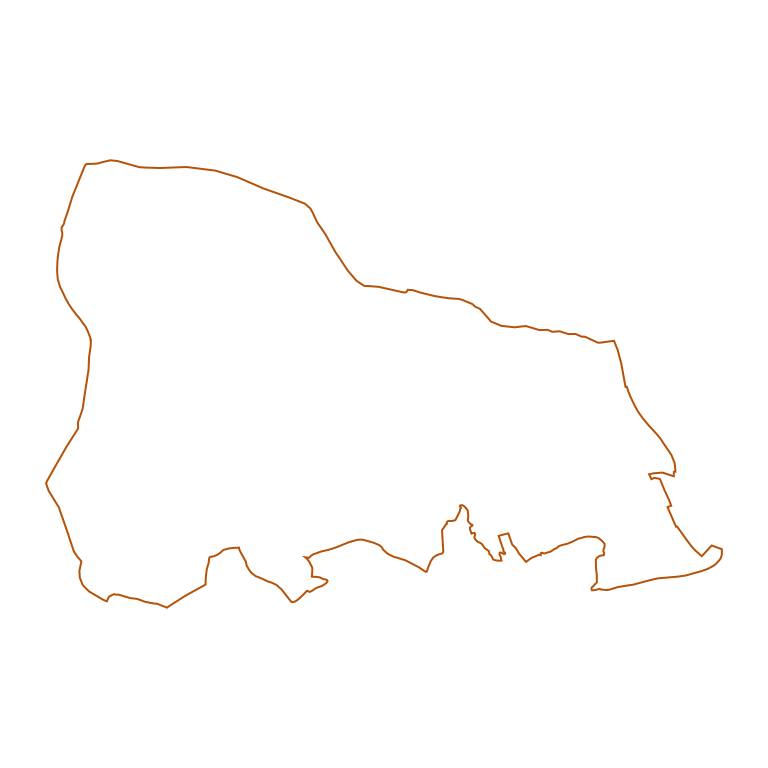 outline of Santana De Mures, Mures, Romania
{"feature_id": "2599482B65561652185041", "entity_name": "Santana De Mures", "entity_type": "district", "adm_level": 2, "iso_a3": "ROU", "parent_name": "Romania", "parent_adm1": "Mures", "projection": "natural_earth1", "projection_center": [24.515, 46.596], "detail": "fine", "context": "isolated", "style": "outline", "palette": "amber", "viewbox_px": 768, "rotation_deg": 0, "n_neighbors": 0, "source": "geoboundaries", "source_scale": "gbopen_adm2", "svg_char_len": 5164}
<svg xmlns="http://www.w3.org/2000/svg" viewBox="0 0 768 768"><path d="M106.8,601.3L107.9,598.9L109.1,596.6L111.3,595.4L113.5,594.3L119.3,594.8L130.1,598.1L137.1,598.9L141.0,600.3L144.8,601.7L152.5,603.3L157.3,603.8L164.6,606.8L165.6,606.8L166.8,607.7L172.3,604.1L186.1,595.3L200.5,587.4L205.5,584.6L205.7,579.2L206.1,574.7L206.8,569.0L208.7,562.7L209.0,559.2L209.6,557.3L210.7,556.8L213.5,556.4L216.8,555.0L219.9,553.1L223.3,550.0L228.2,548.6L233.4,547.9L239.1,547.7L239.1,549.0L240.9,552.8L243.2,556.9L245.8,561.6L246.8,566.0L249.3,570.1L251.3,572.8L255.7,576.2L258.5,577.2L263.2,579.2L267.0,581.1L271.0,582.4L276.6,585.0L281.7,589.6L288.3,598.1L291.5,602.0L292.6,602.2L293.8,601.9L295.8,601.1L297.8,599.7L301.9,596.0L304.2,593.7L306.7,591.0L307.8,590.8L308.5,591.5L309.6,591.9L310.6,591.5L312.4,590.6L315.8,588.2L318.8,587.0L321.1,586.3L323.6,585.0L326.6,582.8L327.2,581.8L327.5,580.8L326.9,580.0L325.2,579.4L323.0,579.0L320.3,577.5L316.7,576.9L311.9,576.7L312.3,571.2L312.3,567.8L309.1,561.5L307.3,559.1L305.2,557.3L308.5,557.8L309.5,557.5L311.0,555.8L313.3,554.3L316.2,553.3L321.1,551.5L329.1,549.7L337.2,547.0L343.3,544.5L348.6,542.3L352.4,541.2L357.4,539.8L362.1,539.6L368.4,541.2L374.1,542.9L379.4,545.2L381.5,546.9L383.3,549.8L386.5,552.8L389.3,554.7L394.5,557.1L397.3,557.7L400.8,558.9L405.0,560.1L418.7,567.2L425.6,571.8L426.7,571.7L428.3,567.0L430.7,561.2L433.2,557.6L436.2,555.5L439.7,554.1L442.5,553.3L443.3,551.5L442.0,530.2L446.1,524.3L446.9,523.8L446.7,523.1L446.9,522.0L447.9,521.2L449.7,520.9L451.7,521.0L455.3,520.2L457.3,516.4L459.7,511.5L460.0,510.1L460.3,508.8L461.0,508.0L460.8,507.4L459.8,506.1L460.4,505.3L462.5,505.2L464.1,506.2L466.2,508.4L467.7,510.4L468.3,516.0L468.0,518.6L467.8,520.8L468.8,522.2L470.4,524.0L472.3,524.8L472.3,525.7L471.0,526.5L469.9,527.5L469.9,529.1L470.7,531.1L471.1,532.8L471.6,533.6L473.3,532.9L474.6,533.0L475.1,534.0L474.8,535.8L474.3,537.5L475.6,539.8L477.7,541.8L481.0,543.3L482.3,544.6L485.0,548.5L487.1,549.7L488.7,551.0L489.2,552.2L489.3,554.0L491.2,555.4L492.2,557.5L493.3,559.5L495.5,560.3L497.5,560.6L499.5,560.7L501.5,560.6L500.9,557.6L499.4,554.0L499.8,552.7L500.8,552.5L502.5,553.4L504.3,554.1L505.2,553.6L505.0,552.7L503.4,551.1L503.3,548.8L502.4,547.1L500.5,541.4L498.7,535.9L502.9,534.7L508.3,533.4L512.2,544.6L515.8,548.1L519.1,553.7L526.0,561.9L531.4,558.0L539.2,554.7L540.8,555.1L540.7,553.9L541.2,552.9L542.4,552.7L543.6,553.4L544.9,553.4L546.5,552.8L550.2,551.8L554.1,549.3L557.5,547.6L558.1,546.6L559.7,545.8L561.9,545.1L563.5,544.7L565.0,544.3L567.6,543.7L572.7,541.5L578.8,538.5L581.6,537.9L584.2,537.0L586.0,536.8L589.1,536.5L593.0,536.9L596.1,537.1L597.8,537.7L599.5,538.8L601.4,540.3L602.5,541.4L604.5,543.6L604.6,545.6L604.3,547.8L603.6,549.1L603.4,551.4L604.2,552.9L603.8,555.2L602.0,555.4L599.3,556.0L596.7,558.1L595.8,560.1L596.0,567.9L596.8,575.2L596.9,582.3L593.6,585.8L591.7,587.5L591.5,589.1L592.0,590.3L594.6,590.2L599.5,588.9L601.1,589.5L605.8,590.0L609.4,589.7L617.7,587.1L626.7,585.6L633.6,584.6L634.9,584.2L646.9,581.0L655.2,578.9L658.5,578.3L678.1,576.6L685.7,575.5L701.8,571.0L707.9,568.8L713.5,565.8L716.0,563.8L718.9,560.7L720.3,559.0L721.1,557.3L721.9,554.2L721.8,549.1L718.4,548.0L711.7,545.5L701.8,556.2L695.3,550.5L692.2,547.2L687.0,540.4L677.1,526.5L676.0,526.7L667.5,507.1L671.2,505.7L669.7,501.5L664.5,490.2L659.9,478.9L654.4,477.9L651.4,479.2L649.1,474.2L653.8,473.3L660.8,472.7L662.8,472.7L673.7,476.3L673.9,471.8L675.4,471.7L675.1,466.8L674.6,463.1L673.1,459.1L671.4,455.0L667.7,449.5L664.2,444.4L660.6,438.9L657.5,435.0L652.8,429.8L648.4,425.1L642.8,418.3L638.0,411.6L634.8,405.8L631.3,398.6L629.8,395.1L628.1,391.0L627.8,389.7L626.8,386.7L625.5,386.9L621.8,366.5L621.2,363.2L619.4,356.6L617.7,350.0L616.1,346.1L614.0,340.8L608.8,341.5L604.6,342.1L601.0,342.6L597.9,342.7L584.9,336.7L581.8,336.7L575.5,334.0L568.5,334.1L559.7,331.3L552.3,331.8L547.6,329.8L539.5,330.1L525.8,326.0L514.8,327.3L501.5,325.9L490.9,321.5L487.5,317.4L480.0,308.9L475.2,306.7L472.4,304.1L462.6,300.0L458.7,298.9L449.4,298.3L441.3,297.2L434.4,296.0L426.5,294.1L420.0,292.5L412.7,290.1L407.7,289.8L406.5,292.0L404.4,292.6L378.4,286.8L369.2,286.1L364.2,285.9L356.6,280.9L347.8,270.6L335.3,251.9L325.3,234.1L317.3,222.5L312.6,212.5L311.5,210.5L310.4,208.5L304.9,203.7L288.8,197.4L263.2,188.4L237.2,177.1L215.2,170.6L186.4,167.0L160.2,168.0L146.4,167.6L139.4,167.2L130.2,164.6L117.3,161.0L110.3,160.3L103.5,161.9L97.0,163.6L86.1,164.1L84.5,166.6L72.4,196.5L67.5,212.4L64.3,221.5L64.3,222.7L63.7,224.3L61.6,227.4L61.6,230.3L62.3,233.2L62.2,235.9L61.5,238.7L60.7,241.7L59.5,246.1L58.2,254.0L57.4,261.7L57.1,269.3L57.2,272.6L57.8,279.5L60.0,286.7L63.8,294.6L65.8,298.9L69.2,304.8L72.1,309.1L76.5,314.8L80.2,319.2L82.6,322.7L85.5,326.5L87.7,331.1L90.0,336.9L90.9,339.8L90.5,339.8L90.9,342.1L90.7,346.0L89.9,351.2L89.0,357.8L88.8,364.3L88.5,370.2L87.6,375.6L86.5,383.1L84.5,395.7L82.7,408.5L82.5,409.2L80.2,416.0L77.9,422.4L78.0,424.2L78.1,426.9L78.1,428.5L66.4,446.9L54.4,467.9L47.0,481.1L46.1,483.5L48.7,490.9L58.8,507.3L67.2,531.4L73.8,551.3L77.4,556.7L81.4,561.3L79.4,570.8L79.8,577.7L82.8,585.2L89.1,591.5L103.2,599.8L106.8,601.3Z" fill="none" stroke="#b45309" stroke-width="2"/></svg>